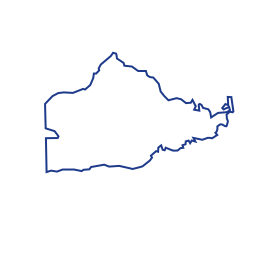 outline of Colleton, South Carolina, United States of America, rotated 301°
{"feature_id": "52423323B97274503585716", "entity_name": "Colleton", "entity_type": "district", "adm_level": 2, "iso_a3": "USA", "parent_name": "United States of America", "parent_adm1": "South Carolina", "projection": "mercator", "projection_center": [-80.565, 32.826], "detail": "fine", "context": "isolated", "style": "outline", "palette": "blue", "viewbox_px": 256, "rotation_deg": 301, "n_neighbors": 0, "source": "geoboundaries", "source_scale": "gbopen_adm2", "svg_char_len": 1612}
<svg xmlns="http://www.w3.org/2000/svg" viewBox="0 0 256 256"><g transform="rotate(301 128 128)"><path d="M48.3,80.9L51.8,84.0L54.1,89.6L58.7,93.3L64.7,103.3L67.2,110.5L69.2,111.3L72.7,116.2L75.5,116.4L84.3,126.5L85.2,131.7L91.0,140.0L94.5,150.6L95.2,153.0L98.9,156.7L102.6,160.2L111.4,163.5L115.0,163.8L116.1,161.9L122.6,164.0L123.2,166.0L126.8,164.1L130.2,165.4L127.2,168.9L127.8,170.9L130.5,170.5L131.8,178.2L134.2,182.1L137.8,183.4L139.5,185.6L141.3,183.6L143.7,185.7L146.3,184.4L148.4,186.4L147.0,189.1L150.1,189.1L151.1,192.7L153.2,189.2L156.2,197.8L160.6,201.4L161.8,203.4L162.5,205.4L168.0,208.1L168.9,205.4L170.2,205.8L172.9,205.3L175.4,203.8L178.5,205.1L179.2,206.2L179.5,206.8L179.6,210.3L180.0,211.2L180.5,211.5L184.7,210.4L185.8,209.6L187.0,207.9L190.3,205.6L194.3,206.8L195.4,209.6L196.5,209.8L207.4,200.9L207.7,200.7L206.0,197.5L199.2,202.1L198.7,199.2L193.7,198.5L193.2,200.4L198.1,203.8L195.8,206.2L192.5,204.6L187.3,197.4L179.9,193.8L184.0,190.2L185.4,187.2L183.9,182.0L185.6,179.1L185.6,177.3L185.3,176.9L184.2,176.7L179.6,180.2L177.8,175.3L181.5,174.9L185.3,168.8L182.0,168.8L179.2,164.9L180.0,158.8L178.6,154.3L172.6,148.4L174.1,142.5L176.1,137.2L181.7,131.6L184.3,123.7L182.9,120.5L183.1,117.2L186.1,114.0L182.1,107.3L182.7,99.7L179.5,92.8L181.5,90.8L181.9,82.7L184.6,80.6L185.6,79.4L184.8,76.5L180.8,76.2L168.4,72.0L164.0,72.2L162.6,73.6L158.3,72.7L157.1,70.7L152.9,72.5L145.3,73.5L138.9,71.4L138.4,69.4L129.7,62.7L125.5,54.7L122.0,50.2L116.5,46.9L106.0,44.5L104.5,45.4L85.3,57.6L87.5,66.7L85.1,72.7L83.2,72.9L77.0,62.9L48.3,80.9Z" fill="none" stroke="#1e3a8a" stroke-width="2"/></g></svg>